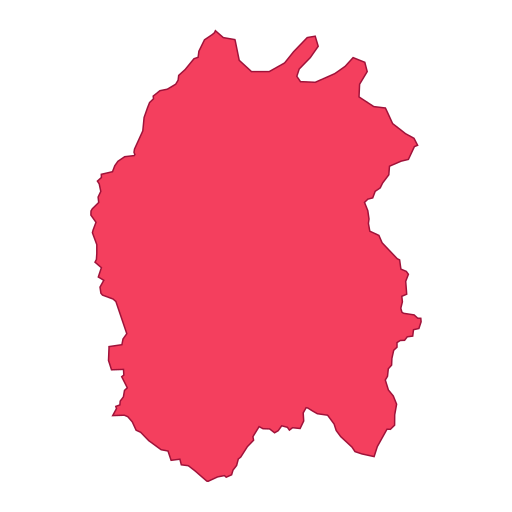 Río Grande, Puerto Rico
{"feature_id": "32010507B30311265398207", "entity_name": "Río Grande", "entity_type": "district", "adm_level": 2, "iso_a3": "PRI", "parent_name": "Puerto Rico", "parent_adm1": "", "projection": "robinson", "projection_center": [-65.81, 18.348], "detail": "fine", "context": "isolated", "style": "filled", "palette": "rose", "viewbox_px": 512, "rotation_deg": 0, "n_neighbors": 0, "source": "geoboundaries", "source_scale": "gbopen_adm2", "svg_char_len": 2709}
<svg xmlns="http://www.w3.org/2000/svg" viewBox="0 0 512 512"><path d="M394.6,425.2L394.7,414.8L396.6,404.2L393.3,396.0L388.4,390.0L385.3,380.0L387.5,376.3L388.3,368.8L391.6,365.1L391.9,358.4L393.7,350.3L397.0,347.2L397.0,342.6L400.2,340.5L404.6,340.3L407.3,336.8L412.7,336.1L413.5,329.7L418.9,328.5L421.1,321.8L420.8,318.3L417.7,318.2L414.1,314.9L403.6,313.3L401.9,312.2L400.8,308.2L402.4,301.8L401.8,296.3L406.7,294.2L405.7,281.3L408.4,274.3L406.3,271.4L400.9,269.1L399.6,259.9L397.2,258.7L382.1,242.8L378.9,235.4L369.8,231.2L368.4,223.4L369.0,219.0L367.8,210.7L364.5,202.4L367.9,199.1L372.7,197.9L375.2,191.3L380.2,187.9L382.6,183.0L388.8,174.8L389.5,166.2L401.0,161.2L408.4,159.4L414.4,146.6L417.6,145.3L414.0,138.3L405.4,133.6L403.4,132.0L402.0,130.9L392.6,123.6L387.8,113.1L385.4,108.0L380.5,107.4L373.8,106.6L361.4,98.5L359.0,96.9L359.6,84.2L367.2,71.6L364.8,62.3L358.8,59.9L353.1,57.6L345.2,66.3L339.0,70.7L334.8,73.6L330.6,75.5L315.2,82.3L304.4,81.8L300.5,81.7L296.8,76.3L299.2,69.0L310.3,57.6L312.8,54.0L318.2,46.3L315.2,36.2L308.7,37.3L307.2,37.6L293.7,51.6L285.3,62.1L284.5,63.0L279.7,65.7L269.2,71.6L266.8,71.6L251.5,71.6L239.2,60.3L235.3,41.1L234.9,39.6L223.3,37.6L215.4,30.7L214.5,32.7L212.1,34.7L204.5,39.8L198.9,51.2L198.1,57.3L194.0,58.7L185.1,69.6L178.7,75.4L178.1,80.2L175.7,84.2L167.3,89.2L159.9,90.7L153.2,96.1L153.5,98.8L149.6,102.5L147.5,107.8L144.1,117.5L142.8,130.9L134.5,149.1L134.0,152.3L134.9,154.6L134.2,155.6L124.7,156.7L117.9,161.3L114.8,165.7L112.5,171.7L101.3,174.3L101.4,177.5L97.4,181.1L99.2,183.8L100.8,191.4L98.1,197.1L98.7,202.5L92.3,208.8L91.0,211.0L90.9,215.1L96.0,222.3L93.1,230.0L92.4,232.7L96.8,244.6L96.8,253.6L96.4,259.5L95.0,262.2L101.4,267.7L98.3,277.0L103.8,280.3L100.0,287.1L100.9,293.2L102.5,295.1L113.0,299.0L115.9,301.5L126.8,333.7L123.0,339.0L121.9,344.7L109.0,346.6L109.0,348.2L108.5,360.5L109.6,363.8L111.5,369.8L123.5,369.4L123.8,375.1L121.7,376.7L127.3,387.8L124.5,390.4L123.4,396.9L120.2,401.1L119.9,404.9L115.8,406.4L116.5,408.6L112.7,415.6L124.3,415.2L127.8,416.7L132.3,421.9L136.1,430.2L140.7,432.3L148.8,440.7L161.1,449.7L168.0,451.0L171.1,460.3L179.9,459.2L181.3,464.8L188.3,465.7L194.8,470.7L206.8,481.1L208.1,481.3L217.6,476.9L224.4,475.6L226.2,477.2L231.6,474.8L233.0,470.1L236.6,465.5L238.3,459.0L240.7,457.1L247.4,446.6L253.6,440.2L252.9,436.7L259.1,426.6L263.0,428.7L269.6,428.9L274.6,432.8L278.2,430.7L281.7,425.8L287.4,427.3L289.4,430.1L292.6,427.7L300.1,428.5L303.7,421.0L303.2,412.9L306.1,407.7L307.6,407.9L312.6,411.0L317.3,413.7L327.6,415.2L334.1,424.0L336.2,430.5L340.7,436.6L352.0,447.1L355.0,451.6L361.8,453.9L374.1,456.6L377.3,446.6L387.0,429.2L390.4,429.3L394.6,425.2Z" fill="#f43f5e" stroke="#9f1239" stroke-width="1.5"/></svg>